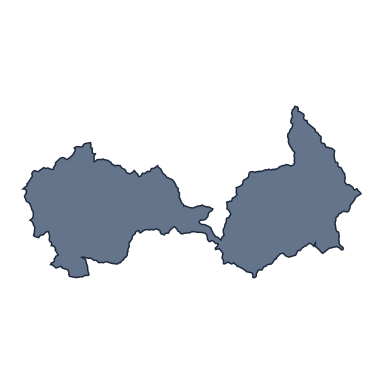 outline of Chota, Cajamarca, Peru
{"feature_id": "86281439B88377451939403", "entity_name": "Chota", "entity_type": "district", "adm_level": 2, "iso_a3": "PER", "parent_name": "Peru", "parent_adm1": "Cajamarca", "projection": "orthographic", "projection_center": [-78.849, -6.383], "detail": "fine", "context": "isolated", "style": "filled", "palette": "slate", "viewbox_px": 384, "rotation_deg": 0, "n_neighbors": 0, "source": "geoboundaries", "source_scale": "gbopen_adm2", "svg_char_len": 6013}
<svg xmlns="http://www.w3.org/2000/svg" viewBox="0 0 384 384"><path d="M361.0,193.8L359.5,191.7L358.2,190.9L357.2,189.0L356.5,188.8L354.8,189.9L353.7,189.5L353.1,187.7L351.9,186.5L349.2,184.6L347.2,184.8L345.0,182.8L344.6,180.7L345.2,178.6L344.5,173.5L343.2,172.0L341.0,167.7L339.1,167.1L338.0,166.3L337.8,163.0L337.1,162.3L336.0,162.6L334.8,160.4L334.0,154.9L334.6,150.6L331.7,148.2L330.5,148.3L327.8,147.2L326.1,147.5L324.9,144.3L323.8,143.3L322.4,143.5L321.6,142.9L320.6,140.7L321.2,139.3L321.0,136.6L318.9,135.0L318.4,133.8L317.0,132.4L315.5,131.7L315.1,129.4L307.5,123.1L307.0,120.5L305.9,120.6L304.4,119.9L303.5,118.0L304.1,115.2L303.5,114.1L300.2,111.9L298.0,111.3L298.3,109.3L297.9,107.4L296.9,106.7L296.0,106.8L294.9,106.3L294.0,108.5L292.2,110.2L292.4,111.1L291.6,113.0L292.5,116.8L291.3,119.0L290.7,121.8L291.4,123.3L292.7,123.9L292.5,125.8L291.8,128.1L290.6,129.0L288.9,133.1L287.9,133.8L287.7,136.9L288.7,139.6L288.3,140.8L288.7,143.4L290.8,147.3L291.8,148.3L292.1,149.7L294.7,152.5L294.0,155.7L294.6,158.5L294.2,160.6L294.7,162.3L294.3,163.5L293.2,165.1L291.6,165.7L289.8,165.8L289.0,165.1L285.8,164.6L284.7,165.5L283.4,165.4L279.4,166.9L277.3,168.9L274.4,169.2L273.5,169.9L272.5,169.3L270.7,170.0L268.7,169.2L267.5,169.8L265.6,169.8L260.7,171.6L259.2,171.1L257.7,171.9L256.4,171.6L255.1,172.4L253.0,171.7L251.0,171.8L249.4,172.4L248.2,177.5L243.3,180.4L242.6,184.1L240.5,186.0L236.1,187.8L236.5,189.3L236.1,192.5L237.0,194.2L236.3,195.5L234.9,197.0L232.5,198.1L231.6,201.0L229.3,201.3L228.5,201.9L227.3,201.7L226.6,202.6L227.3,205.8L226.9,208.8L228.7,210.1L230.9,214.1L229.2,216.5L228.8,217.7L227.0,218.0L226.5,218.6L226.0,222.8L225.1,224.1L224.4,227.6L223.3,229.2L223.3,232.0L224.0,235.4L221.9,237.3L221.0,240.1L217.9,237.4L215.3,236.5L214.6,235.0L213.5,234.2L212.7,231.9L211.8,230.9L211.2,228.6L210.1,227.2L205.0,224.7L201.5,224.4L199.0,222.5L199.9,220.4L204.6,219.8L206.1,218.7L207.9,216.3L208.4,213.5L209.0,212.5L211.8,210.6L212.6,209.7L212.7,208.7L211.2,208.4L209.7,207.2L205.0,206.5L201.9,205.0L200.9,205.8L197.8,206.1L193.0,208.0L189.7,207.6L185.1,205.9L183.7,206.0L183.7,204.9L181.5,202.6L180.0,198.5L179.1,197.9L179.4,197.1L179.1,196.2L179.6,195.4L179.2,194.3L179.5,193.0L178.2,191.2L178.2,188.4L176.0,186.2L175.9,185.0L173.9,181.5L172.2,179.6L166.6,177.2L165.4,175.3L162.6,172.9L161.0,169.3L158.0,166.9L157.6,165.6L154.3,168.2L151.4,168.6L150.4,170.9L149.5,171.8L148.1,171.2L146.5,171.9L145.5,173.1L143.8,173.5L142.4,173.2L140.9,176.1L138.9,176.5L138.1,175.7L137.9,174.4L135.9,172.6L134.3,170.5L132.1,172.7L129.8,173.8L126.5,172.6L125.0,169.5L122.3,168.5L120.0,165.5L118.4,165.6L117.3,165.2L115.9,165.7L113.8,165.4L113.5,164.7L112.0,164.3L110.9,162.4L107.7,160.3L104.4,159.7L103.4,159.0L102.2,159.5L97.2,159.6L95.9,160.9L93.9,161.7L94.2,158.8L93.8,157.0L95.3,153.7L93.5,153.8L92.2,152.8L92.3,148.3L90.6,147.4L91.0,144.6L90.5,142.6L84.5,143.7L82.9,145.6L82.9,146.3L82.0,147.0L76.9,146.6L74.4,147.7L74.3,148.3L75.2,148.8L75.1,150.8L72.7,155.0L69.2,158.1L66.6,159.6L66.0,159.5L64.8,158.1L62.7,157.5L60.1,158.4L55.5,162.8L55.6,164.6L53.6,167.5L53.3,169.3L51.5,169.5L48.0,168.0L45.4,168.4L43.7,167.6L38.1,171.6L37.2,171.6L35.1,170.6L33.3,171.2L31.7,173.6L32.2,174.8L32.2,176.5L28.1,182.7L26.8,184.0L27.5,185.3L23.0,188.9L24.6,189.0L26.4,190.3L26.3,192.9L24.5,196.1L24.6,196.7L26.5,201.3L29.4,203.1L31.5,207.6L31.6,209.2L33.2,211.9L33.3,216.4L32.4,218.2L30.1,220.3L31.2,220.7L32.7,222.5L33.7,225.5L34.9,227.3L34.2,233.4L33.5,235.4L34.5,236.4L38.6,237.7L40.3,235.3L43.3,234.8L45.7,232.3L47.0,231.7L48.5,231.7L49.6,236.0L49.2,239.9L50.0,241.6L51.3,242.5L51.8,244.1L51.1,245.6L53.1,245.9L54.7,247.0L55.6,248.9L55.1,249.7L58.2,255.2L55.8,256.3L54.9,258.3L54.2,258.9L54.5,259.9L54.1,261.3L53.3,262.3L51.4,262.9L50.6,264.6L52.9,265.2L56.0,268.0L61.2,266.2L62.2,268.0L67.8,269.8L69.1,272.9L68.7,274.1L69.5,276.3L76.5,277.6L80.6,276.8L82.3,276.9L85.1,275.3L86.8,275.5L88.8,275.1L88.8,273.7L87.8,270.6L87.5,266.2L86.3,263.0L85.8,260.0L84.6,258.7L81.9,257.3L83.3,257.0L88.7,258.4L90.9,258.1L93.5,260.1L96.2,260.5L98.9,262.7L101.3,262.4L103.4,262.8L105.1,261.9L106.5,261.7L111.4,263.3L116.4,264.0L118.0,263.8L119.0,262.9L120.6,262.6L121.4,261.3L123.7,259.5L123.9,258.5L125.0,257.4L125.9,257.2L127.3,255.0L127.3,252.0L128.0,251.7L127.9,249.2L129.3,246.6L128.9,244.9L129.2,242.4L129.9,242.1L132.1,238.5L132.3,236.7L133.1,235.4L135.3,233.5L135.4,232.3L136.5,231.3L138.6,230.5L139.5,232.6L140.6,232.8L144.1,230.2L147.0,229.5L150.0,230.0L151.5,229.4L153.6,230.0L154.9,229.1L157.0,229.0L160.3,231.1L160.3,232.6L161.3,233.9L164.4,234.9L165.4,233.3L168.4,233.2L170.0,230.2L173.0,227.5L174.7,226.7L177.0,229.3L178.0,231.2L179.9,232.1L180.3,233.2L181.1,233.7L182.5,233.9L184.3,233.2L190.1,232.7L191.8,231.7L195.2,231.7L196.6,232.2L202.3,232.5L205.2,233.3L206.5,234.6L207.3,236.7L207.4,239.2L208.8,241.3L209.9,241.7L211.2,240.7L213.2,240.9L215.5,243.4L218.2,243.8L217.4,246.3L215.3,248.1L215.4,249.1L215.7,249.5L219.3,248.7L223.0,253.3L222.0,257.8L223.5,260.5L223.5,263.7L225.0,263.8L227.6,262.1L231.7,264.0L233.9,262.9L235.0,264.2L236.1,264.4L237.2,266.4L238.7,266.5L244.1,269.5L246.6,271.7L252.0,272.9L252.9,274.8L252.9,277.4L254.5,277.7L256.2,276.3L256.4,273.7L258.3,270.2L259.1,269.8L261.9,270.0L263.6,267.0L266.1,266.1L267.1,264.7L271.2,264.0L272.6,262.7L274.7,259.3L275.9,259.2L276.9,257.3L280.1,253.9L283.0,253.2L285.9,256.0L288.9,257.1L295.6,255.2L297.7,250.9L298.8,250.4L300.1,250.6L302.1,248.0L305.1,246.0L306.0,245.9L309.3,243.1L311.9,244.3L313.9,246.4L314.8,245.4L314.7,244.1L315.4,243.0L315.3,245.8L315.8,246.9L317.0,247.4L317.6,248.6L318.4,248.9L322.3,253.3L323.9,252.6L328.9,248.4L336.5,246.6L339.3,247.8L341.5,249.9L342.8,249.7L343.4,248.5L342.8,247.3L340.1,245.3L339.2,243.4L338.8,238.6L339.3,235.8L338.6,234.2L338.8,232.7L338.3,231.9L337.0,231.6L336.0,229.7L335.0,222.7L335.7,220.9L335.9,217.7L337.9,216.1L338.6,214.1L340.7,213.2L342.3,211.8L344.0,211.2L347.0,212.0L348.5,211.3L349.9,208.2L350.2,205.5L354.7,199.7L355.5,197.3L361.0,193.8Z" fill="#64748b" stroke="#1e293b" stroke-width="1.5"/></svg>